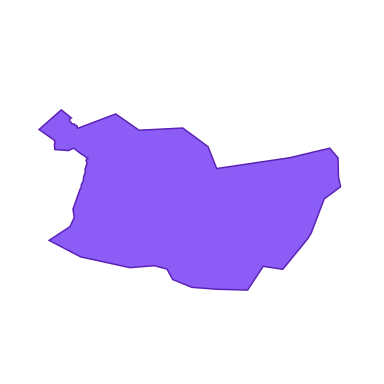 Xarxorin, Övörhangay, Mongolia, rotated 348°
{"feature_id": "93677404B97821511595686", "entity_name": "Xarxorin", "entity_type": "district", "adm_level": 2, "iso_a3": "MNG", "parent_name": "Mongolia", "parent_adm1": "Övörhangay", "projection": "natural_earth1", "projection_center": [102.763, 47.157], "detail": "fine", "context": "isolated", "style": "filled", "palette": "violet", "viewbox_px": 384, "rotation_deg": 348, "n_neighbors": 0, "source": "geoboundaries", "source_scale": "gbopen_adm2", "svg_char_len": 1742}
<svg xmlns="http://www.w3.org/2000/svg" viewBox="0 0 384 384"><g transform="rotate(348 192 192)"><path d="M335.8,177.8L318.0,178.2L294.9,178.8L221.0,174.2L217.1,151.0L196.3,127.5L153.1,120.6L133.6,99.8L94.5,105.8L93.7,105.9L93.3,105.6L93.1,105.2L92.9,104.7L93.2,104.4L93.3,104.2L93.3,103.8L93.1,103.3L92.8,103.0L92.6,102.7L91.3,102.3L91.0,102.0L90.9,101.7L90.8,101.0L90.4,100.9L89.7,100.7L88.9,100.3L88.4,99.6L88.1,98.8L87.9,98.2L87.4,97.6L87.1,96.9L87.1,96.4L87.2,96.0L87.6,95.3L88.3,94.8L88.7,94.5L89.3,94.4L87.0,91.6L81.2,84.5L55.4,99.1L68.4,113.1L68.2,113.6L68.1,114.8L68.1,115.4L67.9,116.1L67.5,116.3L67.4,116.7L67.3,117.0L67.3,117.7L67.2,118.1L67.1,118.6L67.0,118.8L67.0,119.4L66.9,120.1L66.8,120.8L66.7,121.3L66.6,121.8L66.8,122.0L79.7,125.8L84.9,124.6L86.1,125.3L87.0,126.4L88.3,128.0L91.6,131.9L93.5,133.5L95.6,136.1L97.2,137.3L96.4,137.7L96.1,137.9L95.7,138.1L95.4,138.5L95.1,138.8L94.9,139.1L95.0,139.6L95.2,140.4L95.5,141.1L95.5,141.4L95.2,141.8L95.1,142.2L95.0,142.8L95.0,143.1L94.8,143.4L94.6,143.6L94.4,143.6L94.1,143.7L94.1,144.2L94.0,144.5L93.5,145.1L93.2,145.7L93.0,146.0L92.9,146.3L92.5,146.8L92.2,147.3L92.2,148.0L92.0,148.6L91.7,150.0L91.1,151.7L90.9,152.1L90.3,152.8L90.0,153.1L89.9,153.3L89.7,153.7L89.4,154.5L89.0,155.2L88.8,155.7L88.5,156.4L88.4,157.0L88.3,157.6L88.0,158.3L87.6,159.0L87.1,159.6L86.6,160.2L86.0,161.0L85.5,161.5L85.1,162.2L85.0,162.7L84.9,163.5L84.7,164.1L84.4,164.6L83.7,165.3L82.9,166.3L72.0,184.0L71.6,192.3L65.5,200.5L42.1,209.6L69.7,232.4L115.6,253.1L140.0,256.3L151.5,262.2L154.9,273.6L172.0,285.2L195.3,292.1L226.0,299.5L246.2,279.5L264.7,286.5L295.8,261.5L300.1,256.9L319.9,226.2L338.4,217.8L338.4,207.9L341.9,188.9L335.8,177.8Z" fill="#8b5cf6" stroke="#5b21b6" stroke-width="1.5"/></g></svg>